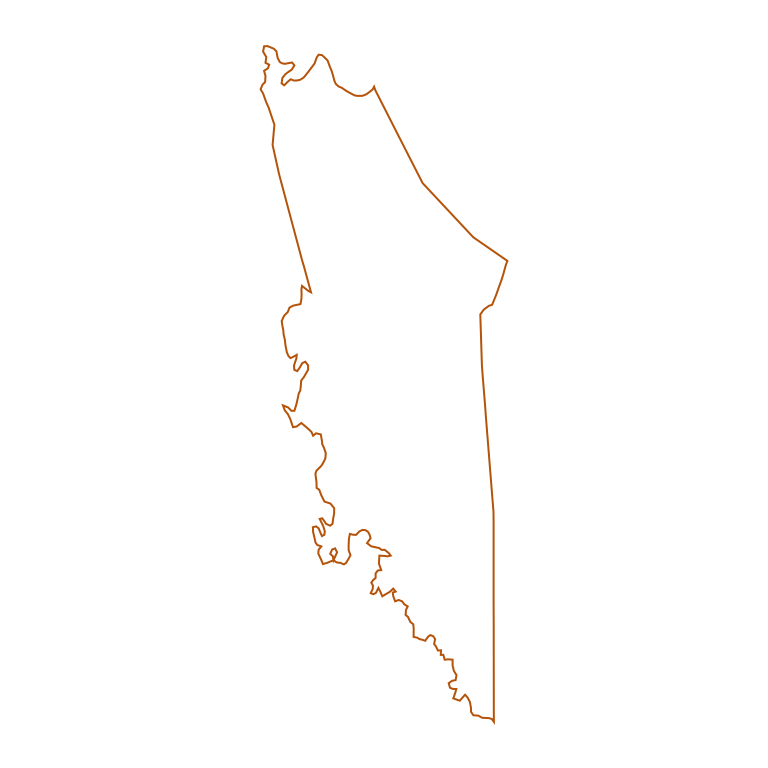 Arari, Maranhão, Brazil (Equal Earth projection)
{"feature_id": "56859067B76267583761173", "entity_name": "Arari", "entity_type": "district", "adm_level": 2, "iso_a3": "BRA", "parent_name": "Brazil", "parent_adm1": "Maranhão", "projection": "equal_earth", "projection_center": [-44.77, -3.551], "detail": "fine", "context": "isolated", "style": "outline", "palette": "amber", "viewbox_px": 768, "rotation_deg": 0, "n_neighbors": 0, "source": "geoboundaries", "source_scale": "gbopen_adm2", "svg_char_len": 3681}
<svg xmlns="http://www.w3.org/2000/svg" viewBox="0 0 768 768"><path d="M374.1,86.7L372.6,89.5L369.3,92.1L366.2,94.4L362.1,95.9L357.2,95.9L354.6,95.4L348.9,92.4L345.5,90.4L341.8,87.8L338.5,86.4L335.8,83.9L334.5,81.0L332.9,75.1L331.7,71.1L329.8,66.5L327.5,60.3L322.0,55.1L318.6,54.7L316.7,57.5L314.5,63.6L308.7,71.3L305.7,75.1L303.7,77.5L300.6,79.6L297.5,80.4L294.2,80.6L290.6,79.3L287.4,82.1L284.2,85.3L281.6,83.4L282.4,77.9L285.5,74.1L289.0,71.5L291.8,69.6L294.4,65.4L292.1,62.5L288.2,63.2L285.0,63.8L282.3,63.4L279.8,62.0L277.7,58.1L276.4,51.3L273.8,48.7L267.5,46.1L264.1,46.3L263.1,51.6L266.3,57.1L265.5,62.8L269.2,64.7L267.9,68.3L264.1,70.8L265.5,76.1L265.1,82.1L262.5,84.7L260.6,89.3L263.1,93.5L266.2,102.2L268.6,107.5L270.9,114.4L274.4,124.7L272.6,145.0L279.1,174.3L295.7,236.4L302.1,260.3L303.9,266.3L305.1,270.7L311.0,292.3L308.3,290.9L302.0,285.9L301.4,289.7L301.6,294.4L301.4,298.9L300.5,304.1L295.7,305.1L293.3,305.6L289.5,307.6L287.8,312.0L284.2,315.6L281.7,321.0L282.4,325.8L283.2,329.6L283.6,334.4L284.8,339.5L285.6,346.1L286.9,352.4L288.5,356.1L290.5,358.1L293.6,356.6L296.7,354.9L296.4,358.3L294.0,365.6L294.3,369.8L297.2,371.1L299.6,367.8L302.3,363.1L305.3,361.7L308.1,365.4L308.1,369.8L303.8,377.2L301.2,380.5L300.9,384.9L300.3,390.4L298.7,393.7L297.9,397.7L296.3,404.6L294.4,410.8L291.4,410.8L288.2,407.5L283.0,405.4L284.8,410.4L287.9,414.2L290.2,418.8L293.0,427.2L296.7,426.5L301.3,423.0L304.7,425.8L308.1,428.7L311.5,432.0L313.1,435.7L316.0,433.3L320.8,434.4L321.9,440.7L322.3,444.3L323.9,447.6L325.8,453.1L325.3,458.6L323.8,461.6L322.0,464.9L320.1,467.1L316.5,470.6L315.4,473.7L316.5,482.2L316.6,487.9L319.2,489.7L321.4,495.5L324.5,501.6L330.5,503.6L334.2,508.2L334.1,513.6L333.1,519.1L332.5,523.8L330.1,525.7L326.0,523.8L324.4,521.2L322.2,518.3L319.7,518.9L323.2,526.1L324.8,531.2L324.4,534.7L322.0,536.1L320.4,532.7L318.7,528.4L316.2,526.4L312.9,527.2L313.1,532.0L314.3,537.0L315.5,542.5L317.3,545.0L321.3,546.4L318.6,549.8L318.3,553.6L320.8,558.9L323.0,564.1L327.8,562.6L333.5,560.2L336.6,562.4L340.5,562.9L343.9,564.4L346.1,562.9L348.7,558.5L350.5,555.1L348.7,550.5L348.6,545.8L348.9,538.9L349.9,533.9L352.8,534.7L356.0,534.9L359.4,531.4L362.5,529.9L365.6,530.2L367.9,531.7L369.5,534.5L370.6,538.2L367.0,543.1L371.2,546.3L376.6,547.5L379.1,548.0L381.6,549.9L384.7,549.8L388.7,553.0L390.7,555.6L387.5,556.3L383.8,555.9L379.4,555.6L378.9,563.5L381.2,570.1L377.8,570.5L375.6,573.4L375.6,578.0L373.2,580.0L371.3,582.6L373.0,585.7L372.6,589.2L370.7,593.2L373.4,594.2L375.9,592.9L378.4,587.9L380.5,592.1L382.3,596.3L387.1,593.4L389.7,591.9L393.2,588.6L395.6,591.6L392.8,592.5L393.2,596.0L395.1,601.3L398.7,600.0L402.1,601.3L404.4,604.4L407.7,606.4L406.0,609.9L405.6,614.9L408.0,616.9L410.3,621.9L413.2,624.2L413.7,628.3L413.6,636.9L417.2,637.7L419.5,639.1L422.2,639.7L425.2,640.8L428.1,636.7L430.2,635.1L433.2,636.2L435.1,639.1L434.1,644.0L435.9,646.3L437.9,650.5L441.0,650.3L440.8,654.9L443.3,654.8L444.7,659.7L448.3,659.3L452.6,659.7L452.6,665.6L453.9,670.9L456.5,675.1L455.6,680.1L452.1,680.8L448.7,683.2L450.0,687.7L452.6,688.9L456.3,689.0L455.3,692.7L453.3,698.4L459.8,700.7L462.9,697.1L465.1,694.7L467.7,697.7L469.9,702.0L471.0,708.0L471.0,711.8L473.4,715.3L478.2,715.6L482.2,717.8L488.8,718.1L491.7,718.9L493.9,721.9L493.8,709.8L493.7,623.7L493.6,601.6L493.6,523.5L493.5,512.1L485.7,414.4L485.3,408.2L482.7,376.1L481.9,365.2L480.3,314.4L483.8,309.6L486.5,307.6L489.0,305.8L492.1,304.8L496.0,295.3L501.7,279.4L503.3,274.2L505.8,265.1L507.4,260.9L504.8,259.1L473.3,237.3L422.6,183.1L399.7,138.2L375.3,90.2L374.1,86.7ZM333.5,560.2L332.9,556.3L330.2,553.8L332.2,549.5L335.1,548.4L337.1,552.3L333.5,560.2Z" fill="none" stroke="#b45309" stroke-width="2"/></svg>